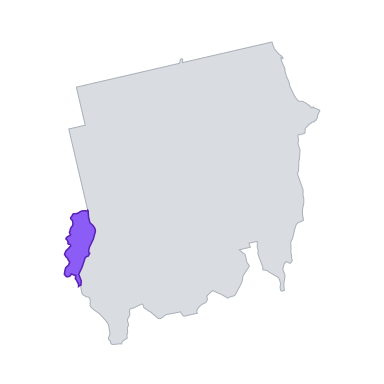 Western Darfur highlighted on a map of Sudan, rotated 347°
{"feature_id": "SDN-5858", "entity_name": "Western Darfur", "entity_type": "State", "adm_level": 1, "iso_a3": "SDN", "parent_name": "Sudan", "parent_adm1": "", "projection": "robinson", "projection_center": [22.739, 13.89], "detail": "fine", "context": "in_parent", "style": "filled", "palette": "violet", "viewbox_px": 384, "rotation_deg": 347, "n_neighbors": 0, "source": "natural_earth", "source_scale": "10m", "svg_char_len": 5526}
<svg xmlns="http://www.w3.org/2000/svg" viewBox="0 0 384 384"><g transform="rotate(347 192 192)"><path d="M259.9,308.7L256.7,308.7L256.3,307.8L256.3,305.4L256.7,303.7L257.9,300.9L257.5,299.3L257.7,297.1L256.8,294.6L249.1,287.4L247.5,285.4L243.4,283.6L244.1,281.5L242.2,266.8L243.1,265.1L243.3,262.5L243.2,260.2L244.2,256.4L244.3,254.8L236.1,254.7L236.0,256.4L236.4,258.2L236.4,258.9L225.0,259.0L229.6,264.7L229.8,267.3L229.6,270.4L229.7,272.5L230.0,273.8L231.2,276.4L231.1,276.9L230.9,277.5L222.8,285.2L221.5,288.8L220.5,290.7L218.1,293.8L210.8,302.1L209.6,302.6L204.0,302.9L203.4,303.1L203.0,303.5L202.8,303.4L197.9,298.6L189.8,292.7L184.4,295.8L183.0,296.9L183.0,299.7L182.2,301.1L180.7,302.7L176.8,303.7L174.7,304.5L172.3,306.1L169.9,308.7L169.7,310.1L170.0,311.3L156.3,311.3L155.4,310.3L153.4,305.9L152.0,306.2L139.5,305.7L137.7,306.1L134.2,307.9L132.4,308.2L130.5,307.4L124.0,298.8L122.5,297.8L121.1,295.7L119.7,294.8L119.2,294.2L119.0,293.3L119.1,291.4L118.6,290.2L117.6,289.9L108.8,291.9L107.5,291.7L105.6,292.1L105.0,292.4L104.3,293.5L104.1,295.9L103.9,297.1L103.3,298.4L100.7,301.3L100.2,302.6L100.3,305.8L100.2,307.4L99.8,308.1L98.7,309.4L98.3,310.1L97.8,314.2L96.5,316.7L96.2,317.6L96.1,319.4L95.9,319.9L91.9,321.3L90.4,322.2L89.5,323.6L89.3,324.2L87.5,323.7L85.4,323.4L81.2,322.9L79.6,322.3L78.8,321.3L79.0,318.8L78.6,318.3L77.9,317.8L77.5,316.7L77.6,315.4L79.8,312.6L80.2,311.0L80.8,303.8L80.6,301.6L78.9,297.6L74.9,290.6L73.9,289.2L68.9,283.5L68.3,282.6L67.1,280.2L68.4,274.9L68.5,273.4L68.2,271.9L66.9,270.7L65.8,270.6L64.3,269.2L63.4,268.5L62.5,267.3L61.9,265.5L62.3,259.3L62.0,258.4L60.8,258.2L60.5,257.8L60.5,256.6L59.8,253.0L59.1,250.0L59.5,248.4L58.4,246.2L56.4,245.2L52.4,246.0L51.2,245.8L50.3,245.4L49.7,244.6L49.4,243.6L49.7,242.2L50.8,239.5L52.2,237.3L55.1,235.3L55.9,234.3L56.3,233.1L56.4,231.8L56.2,230.3L55.9,229.0L55.0,227.3L54.2,225.3L54.2,223.9L54.6,222.9L55.4,221.8L58.2,219.4L61.1,217.5L61.6,216.9L61.4,216.0L60.1,214.5L59.7,211.4L58.9,209.3L60.4,207.6L61.5,207.1L63.2,206.6L63.9,205.9L64.1,204.6L64.0,203.4L64.6,202.5L65.5,200.5L66.1,199.6L68.3,197.3L68.8,195.8L69.0,194.4L68.4,190.1L69.7,188.3L71.3,186.8L73.6,186.9L77.3,186.5L79.8,185.9L81.6,185.9L85.6,186.7L86.1,186.4L86.3,185.2L86.1,102.9L102.8,102.9L103.0,102.8L102.9,63.8L208.1,63.8L208.9,63.7L210.5,60.1L211.2,59.8L212.3,60.0L212.7,60.8L211.9,63.8L303.7,63.8L304.0,68.3L304.8,71.8L307.5,76.9L309.8,79.6L310.6,81.2L310.7,81.9L310.6,82.5L309.9,81.8L308.8,81.2L308.7,83.6L309.3,88.5L310.3,91.9L309.8,95.1L310.0,100.4L311.3,106.9L311.1,111.0L313.2,120.5L315.2,125.9L316.3,127.2L317.4,127.9L319.6,128.3L323.0,131.0L325.6,133.9L326.6,135.4L327.8,137.0L328.7,136.7L329.2,136.3L330.1,137.6L334.2,140.4L334.9,141.8L333.4,143.1L331.8,145.3L331.0,147.4L330.6,148.1L329.2,149.4L329.0,150.0L328.4,150.4L327.8,150.4L326.4,151.1L325.1,150.9L323.9,151.3L323.4,151.8L322.4,152.2L321.0,152.5L318.9,154.2L317.1,155.1L316.5,155.8L315.6,159.3L314.9,160.2L312.1,160.3L310.8,160.6L308.9,160.2L308.0,160.3L307.8,161.0L307.5,164.0L307.6,165.3L306.1,168.7L306.7,175.2L305.3,180.0L305.1,181.1L303.7,184.9L302.9,186.3L301.1,193.4L300.4,195.6L298.8,197.9L300.7,215.0L299.4,220.2L299.5,223.1L298.6,227.3L297.9,229.3L296.7,231.6L295.6,234.3L294.8,237.7L294.3,244.3L294.0,244.9L289.1,245.7L287.5,246.2L286.5,246.9L285.3,248.6L282.8,253.2L281.5,256.0L279.5,259.9L277.2,262.7L276.7,264.0L276.3,266.5L275.5,270.4L274.7,273.2L274.8,275.5L274.1,279.4L274.3,281.3L273.4,282.3L272.3,283.3L271.5,283.6L268.1,281.0L265.7,282.8L264.2,285.3L263.1,287.8L263.8,293.2L263.8,294.4L263.4,295.7L261.2,301.0L260.6,303.4L259.9,307.7L259.9,308.7Z" fill="#d9dde1" stroke="#a8b0b8" stroke-width="1"/><path d="M86.1,187.0L86.3,186.4L86.6,186.8L85.5,193.3L85.6,194.3L85.6,197.2L85.6,198.4L85.9,199.5L86.3,200.1L87.2,201.1L87.8,202.1L88.3,203.1L88.8,204.4L89.2,206.1L89.2,207.0L89.2,207.7L89.0,208.4L88.8,209.1L85.1,215.9L79.7,222.6L78.5,225.0L77.9,227.0L77.9,227.9L78.1,228.5L78.5,228.7L76.5,231.1L74.4,231.3L73.2,232.0L67.8,240.8L63.1,246.7L64.1,253.7L62.9,257.7L62.6,257.8L62.4,257.7L61.7,257.8L60.6,258.2L60.4,258.4L60.2,258.5L60.7,256.3L60.7,256.1L60.7,255.9L60.6,255.6L59.4,251.3L58.8,250.3L58.8,250.0L59.2,249.4L60.0,247.1L59.8,246.9L58.0,246.2L55.9,244.6L55.4,245.4L54.9,246.0L54.2,246.4L53.4,246.6L52.7,246.7L52.0,246.7L51.3,246.6L50.7,246.3L50.3,245.9L49.7,244.5L49.2,243.8L49.1,243.6L49.4,242.8L49.9,241.4L51.3,238.4L51.8,237.6L52.4,237.0L52.7,236.8L54.5,236.0L54.8,235.8L56.4,233.9L57.0,233.0L57.1,232.2L56.9,231.8L56.3,230.9L56.1,230.5L56.0,230.1L56.0,229.0L55.7,228.2L54.7,227.1L54.4,226.3L54.4,225.9L54.4,225.6L54.3,225.3L54.1,224.9L53.7,224.5L53.7,224.3L54.1,223.5L55.5,221.6L55.7,221.3L56.1,220.9L56.6,220.5L59.3,219.1L59.6,218.8L60.2,218.1L60.6,217.9L61.1,217.8L61.5,217.6L61.7,217.3L61.8,216.7L61.7,216.1L61.5,215.7L61.2,215.5L60.2,215.3L59.9,215.1L59.7,214.8L59.6,214.4L59.5,214.2L59.7,213.7L59.8,213.6L60.0,213.5L60.1,213.4L60.1,213.1L59.9,212.9L59.7,210.8L59.5,210.6L59.0,210.1L58.6,209.4L58.9,208.7L59.6,208.1L60.4,207.7L63.8,206.7L64.0,206.6L64.1,206.3L64.0,206.1L63.8,205.5L63.7,205.1L63.5,204.1L63.5,203.6L63.7,203.3L64.3,202.8L64.6,202.4L64.7,202.1L64.7,201.8L64.8,201.3L65.0,200.9L66.6,199.1L66.9,198.8L67.3,198.5L67.9,198.3L68.0,198.1L68.8,196.5L68.9,196.1L69.1,193.8L69.1,193.2L68.9,192.6L68.6,192.0L68.2,191.6L67.9,191.1L67.8,190.5L67.9,189.9L68.2,189.5L69.6,188.5L70.7,187.1L71.1,186.7L71.5,186.7L72.3,186.6L75.0,187.2L76.2,187.0L78.5,186.1L79.6,185.8L81.6,185.8L83.6,186.2L85.6,187.0L86.1,187.0Z" fill="#8b5cf6" stroke="#5b21b6" stroke-width="1.5"/></g></svg>